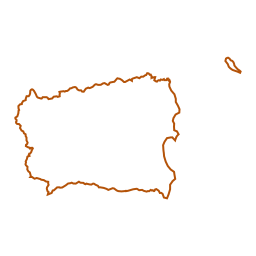 Ponce, Puerto Rico (orthographic projection), rotated 270°
{"feature_id": "32010507B29369551718499", "entity_name": "Ponce", "entity_type": "district", "adm_level": 2, "iso_a3": "PRI", "parent_name": "Puerto Rico", "parent_adm1": "", "projection": "orthographic", "projection_center": [-66.606, 18.028], "detail": "fine", "context": "isolated", "style": "outline", "palette": "amber", "viewbox_px": 256, "rotation_deg": 270, "n_neighbors": 0, "source": "geoboundaries", "source_scale": "gbopen_adm2", "svg_char_len": 3885}
<svg xmlns="http://www.w3.org/2000/svg" viewBox="0 0 256 256"><g transform="rotate(270 128 128)"><path d="M79.0,30.4L79.0,32.0L77.3,34.5L77.7,35.9L78.0,36.7L76.9,40.4L76.3,41.2L75.9,43.8L74.5,46.0L74.2,48.2L72.3,48.2L71.1,48.6L68.6,47.0L67.2,46.8L64.7,47.6L64.0,48.5L61.5,47.8L63.0,51.6L65.5,52.7L65.7,53.9L68.6,57.1L68.7,59.3L68.3,60.0L68.5,62.2L70.7,65.8L72.5,68.1L72.8,70.4L73.3,71.7L72.5,73.3L72.4,75.8L74.3,78.9L73.3,80.4L73.1,83.5L72.1,84.5L71.8,85.6L72.4,86.3L71.6,89.5L71.4,91.3L72.4,93.1L72.2,94.2L71.3,95.4L70.2,97.9L68.6,98.9L68.7,100.1L68.1,103.7L67.1,106.6L66.1,108.3L67.8,112.7L67.6,113.6L67.5,114.1L65.6,116.6L64.9,118.2L64.6,121.5L64.9,124.6L65.2,126.0L65.0,126.3L64.9,126.3L65.2,128.0L66.7,133.1L67.2,136.5L67.1,137.1L65.8,139.2L66.1,142.1L65.1,143.9L64.4,146.7L64.9,147.8L64.8,149.1L66.1,150.8L65.4,152.0L65.8,152.8L65.2,153.7L65.0,153.8L64.9,154.0L65.0,154.3L65.9,154.9L66.5,155.1L66.9,156.3L65.3,158.7L63.0,159.9L63.1,161.3L62.1,162.6L58.5,163.9L57.7,167.0L61.9,168.7L62.0,168.7L66.7,170.1L68.1,170.1L70.1,170.1L71.3,170.1L74.4,172.3L74.7,172.4L77.1,175.2L81.7,174.4L83.2,174.2L84.2,174.0L84.6,173.4L85.3,172.4L86.0,171.4L86.5,170.7L90.0,167.8L94.4,165.7L99.7,164.1L103.1,163.8L104.4,163.6L106.2,163.4L109.6,163.2L110.8,163.1L113.5,164.2L114.5,164.7L117.9,167.0L118.5,170.3L118.6,170.7L118.6,172.4L118.3,172.6L115.6,175.1L116.0,175.2L118.6,176.2L119.0,176.4L119.6,176.7L120.8,177.7L121.7,178.6L124.2,177.2L124.6,177.0L125.7,174.4L125.8,174.2L126.2,174.2L129.5,174.0L130.9,174.1L131.4,174.1L132.3,174.2L133.1,173.8L135.1,172.8L138.0,173.5L139.1,174.2L141.5,175.6L143.4,179.3L146.8,179.5L149.9,178.1L150.7,177.7L154.0,175.8L157.2,175.8L161.8,174.4L162.2,174.0L165.5,171.2L169.4,169.4L171.8,169.2L174.1,170.1L175.7,169.6L175.9,169.5L175.2,169.0L176.3,167.7L177.4,167.9L177.4,167.2L175.9,166.3L175.9,164.3L176.9,163.9L176.1,162.4L176.5,160.7L175.4,159.9L175.8,158.8L175.2,157.5L174.5,157.1L174.5,156.2L175.7,154.3L178.9,155.2L178.9,154.3L178.3,152.7L178.9,152.2L178.3,151.5L180.1,151.4L181.4,150.7L181.2,149.8L182.6,148.6L182.8,147.2L181.0,146.2L180.7,145.1L179.3,143.2L179.3,141.2L177.8,139.4L178.8,136.8L177.4,132.6L176.9,131.9L176.3,131.9L175.2,131.9L176.5,129.7L174.0,125.1L174.0,124.0L176.0,121.8L177.2,119.8L177.4,118.6L177.7,117.4L177.4,117.0L174.3,114.4L173.5,110.2L172.7,109.3L171.5,108.8L171.1,107.7L172.9,104.6L172.6,103.0L171.2,100.8L171.1,98.2L171.8,96.0L171.3,94.8L169.2,92.7L168.1,90.3L167.9,89.2L168.4,88.2L167.3,85.8L164.3,83.7L164.4,82.1L165.7,81.0L165.6,79.2L166.5,77.5L168.4,76.3L169.0,75.0L168.6,72.9L167.8,71.4L167.6,70.0L166.3,68.9L165.1,67.4L164.9,65.5L164.4,64.8L164.8,63.6L164.5,61.4L164.5,61.0L164.1,59.4L162.4,59.9L161.6,59.6L159.7,59.7L159.1,57.7L159.7,56.8L159.3,53.7L157.5,52.1L156.9,48.5L157.9,47.9L158.8,46.7L158.8,42.7L157.5,41.7L157.5,40.9L158.4,37.9L159.3,36.9L162.1,35.7L165.1,34.0L166.3,32.9L166.7,32.0L166.2,31.0L165.2,30.3L162.5,30.1L161.0,29.6L159.8,28.7L159.8,26.6L157.5,25.8L155.9,25.7L154.9,23.1L152.9,21.9L151.9,21.8L151.7,20.1L149.9,18.4L147.7,18.5L146.0,19.1L145.6,18.6L142.6,18.3L139.6,17.3L138.4,15.4L137.4,15.4L137.2,15.5L136.2,16.5L135.0,16.6L134.0,16.0L133.0,16.2L132.1,17.1L131.9,19.1L130.1,20.7L128.0,20.0L125.4,21.6L124.6,23.3L122.7,24.0L121.7,25.6L119.8,25.7L118.5,26.5L115.6,26.5L113.4,27.6L112.1,27.2L111.1,26.0L109.9,25.9L108.7,28.1L108.6,28.9L107.4,30.0L108.1,30.6L108.2,32.3L107.7,32.8L105.5,31.7L104.1,31.3L102.4,30.1L102.3,29.2L100.9,28.7L100.1,29.4L99.3,27.4L97.0,26.9L94.6,25.7L93.7,26.0L91.8,25.5L90.8,25.9L89.2,27.5L86.5,27.3L84.6,28.4L83.6,29.8L79.7,30.9L79.0,30.4ZM183.2,240.1L183.4,240.2L184.5,240.6L185.5,239.5L186.8,237.6L188.9,235.7L190.5,234.4L191.8,234.2L193.7,233.5L195.1,232.3L195.7,230.7L197.4,229.5L198.3,228.1L198.1,227.1L197.4,226.0L195.0,225.4L191.9,227.8L191.6,227.9L189.2,228.8L187.6,230.4L186.1,232.5L184.4,237.4L183.2,240.1Z" fill="none" stroke="#b45309" stroke-width="2"/></g></svg>